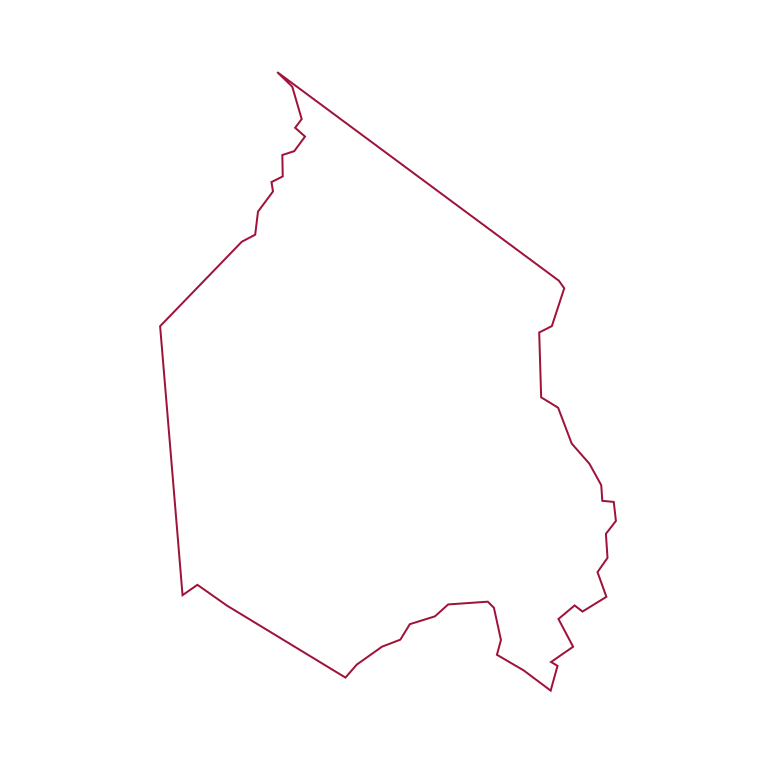 the district of Alpine, California, United States of America, rotated 355°
{"feature_id": "52423323B67588574079428", "entity_name": "Alpine", "entity_type": "district", "adm_level": 2, "iso_a3": "USA", "parent_name": "United States of America", "parent_adm1": "California", "projection": "albers", "projection_center": [-119.752, 38.63], "detail": "fine", "context": "isolated", "style": "outline", "palette": "rose", "viewbox_px": 768, "rotation_deg": 355, "n_neighbors": 0, "source": "geoboundaries", "source_scale": "gbopen_adm2", "svg_char_len": 836}
<svg xmlns="http://www.w3.org/2000/svg" viewBox="0 0 768 768"><g transform="rotate(355 384 384)"><path d="M165.2,510.5L164.9,576.8L180.6,567.8L208.4,591.2L320.0,673.1L332.5,661.1L359.1,645.5L378.0,640.1L388.8,625.5L414.5,619.9L428.7,609.2L468.4,609.9L474.0,616.5L478.2,649.2L472.9,663.6L498.2,681.5L523.3,704.0L532.3,679.9L526.2,675.5L549.5,662.2L537.3,633.3L554.6,621.2L561.9,628.0L587.0,615.4L580.3,590.0L591.5,576.7L592.0,552.6L603.1,540.6L602.6,521.5L591.3,519.4L591.6,503.7L581.7,481.4L565.8,459.7L555.4,422.8L539.4,411.0L543.1,346.2L556.3,340.9L571.9,304.3L567.1,296.2L565.7,295.0L565.2,294.6L304.8,64.0L318.5,79.8L325.1,112.9L317.8,121.0L326.9,130.6L314.9,144.2L302.7,147.0L301.2,168.4L289.5,173.0L290.2,182.5L273.5,201.3L268.7,224.0L254.7,229.9L166.0,306.9L165.2,510.5Z" fill="none" stroke="#9f1239" stroke-width="2"/></g></svg>